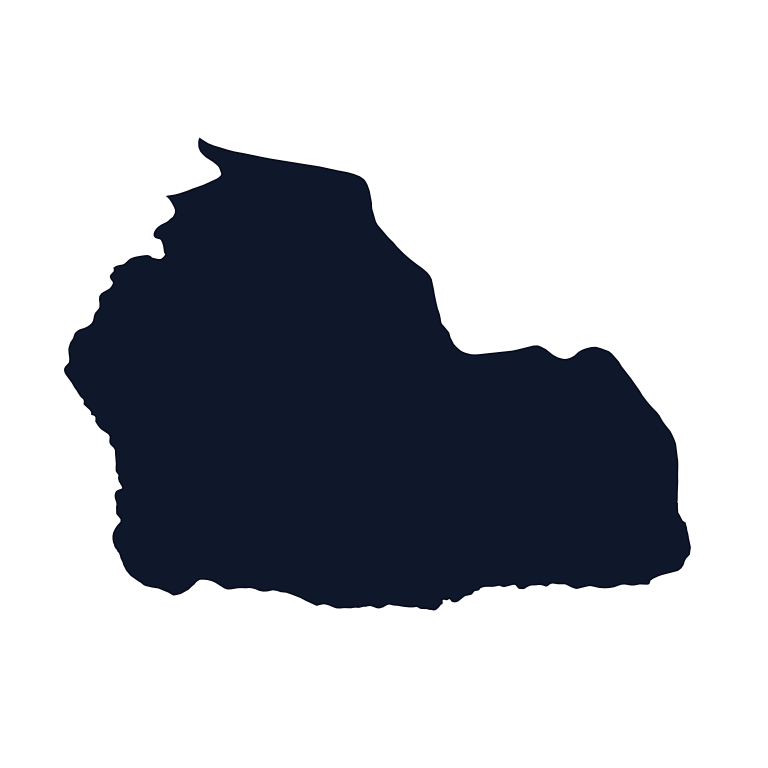 Buenavista, Quindío, Colombia, rotated 95°
{"feature_id": "7082276B42477107224042", "entity_name": "Buenavista", "entity_type": "district", "adm_level": 2, "iso_a3": "COL", "parent_name": "Colombia", "parent_adm1": "Quindío", "projection": "equal_earth", "projection_center": [-75.74, 4.37], "detail": "fine", "context": "isolated", "style": "filled", "palette": "ink", "viewbox_px": 768, "rotation_deg": 95, "n_neighbors": 0, "source": "geoboundaries", "source_scale": "gbopen_adm2", "svg_char_len": 6134}
<svg xmlns="http://www.w3.org/2000/svg" viewBox="0 0 768 768"><g transform="rotate(95 384 384)"><path d="M526.9,65.1L524.7,65.1L520.1,64.8L510.2,67.8L509.8,67.8L506.6,68.7L503.3,69.9L500.8,70.4L496.9,72.0L496.4,71.9L494.9,74.8L494.4,75.3L488.4,79.1L486.7,80.4L481.4,81.2L477.6,81.5L477.6,82.1L473.0,82.1L467.2,82.6L456.0,83.1L449.7,83.8L440.4,84.4L435.5,84.9L418.3,88.6L414.4,90.4L408.9,93.5L406.1,95.4L401.4,100.0L397.3,103.6L391.6,107.5L389.0,109.9L383.3,116.5L378.0,121.8L373.3,126.0L368.5,129.5L357.6,138.7L346.0,149.4L341.7,152.5L337.0,157.3L334.6,159.9L332.4,163.1L330.2,171.0L329.3,175.6L329.4,177.9L329.9,180.8L331.6,185.6L333.1,188.9L335.5,192.5L339.7,196.3L342.0,199.7L343.5,203.1L344.1,205.9L344.0,208.5L343.1,213.3L340.9,218.5L335.9,226.0L333.7,231.3L332.9,234.3L333.4,238.3L339.0,254.6L340.3,258.9L346.9,292.5L347.4,296.3L347.5,300.1L346.6,305.5L345.6,308.9L344.4,311.3L341.3,315.5L338.5,318.5L332.1,322.5L327.5,324.1L323.0,328.5L319.5,332.1L317.6,333.1L313.4,334.1L309.6,335.3L304.4,337.6L299.3,339.3L290.4,342.0L285.2,343.3L275.8,346.2L272.7,348.2L269.8,350.9L266.0,356.1L262.4,362.2L257.8,369.3L253.0,375.9L246.6,383.5L242.9,387.1L238.3,392.7L226.6,404.6L223.4,406.8L211.0,411.6L207.9,412.2L204.8,412.5L193.0,415.8L187.2,418.5L183.9,420.7L182.3,422.3L179.9,426.4L178.1,432.5L176.9,438.9L175.9,449.2L173.6,467.2L172.2,487.6L170.1,516.3L169.3,524.2L167.0,544.0L166.1,553.5L164.9,560.6L163.2,568.4L162.0,574.4L160.2,580.3L157.4,585.9L155.7,588.9L157.5,589.4L160.7,589.3L164.0,588.8L167.7,587.0L170.5,584.3L173.2,580.7L176.9,573.6L180.2,568.7L181.7,567.1L183.7,565.9L188.7,563.6L189.7,563.8L191.0,564.3L193.1,566.1L194.9,568.5L202.2,581.4L206.6,591.3L209.3,596.5L212.7,604.4L214.3,609.0L216.0,616.1L217.8,613.8L220.9,611.2L225.7,608.0L228.8,606.6L231.9,606.5L233.9,607.2L236.4,608.3L238.6,610.8L240.4,612.3L242.1,614.2L245.1,619.2L247.6,622.2L249.2,623.6L250.7,624.6L252.7,625.5L254.4,625.8L255.8,625.8L256.7,625.3L257.7,624.3L258.2,622.5L258.5,620.3L258.8,619.1L259.9,618.0L262.4,616.6L265.1,615.5L268.9,614.5L270.6,614.2L271.9,613.8L274.2,612.3L277.1,614.2L279.0,616.1L279.7,617.4L279.9,618.7L279.8,621.2L279.1,625.9L278.7,626.7L277.7,627.9L277.2,629.1L276.9,630.6L277.1,632.2L277.5,634.5L279.1,640.8L280.1,643.9L281.8,647.3L283.2,648.8L285.7,651.0L287.6,652.9L288.4,654.3L289.2,657.4L290.3,660.5L292.0,662.9L293.1,662.4L294.3,662.3L295.6,662.4L299.1,665.2L300.1,665.7L301.2,665.7L303.0,664.8L305.8,662.3L307.4,662.1L309.2,662.7L310.6,663.3L313.1,665.0L314.5,666.8L317.5,671.3L318.9,673.0L320.4,673.9L321.6,674.5L322.9,674.6L324.8,674.5L328.1,673.8L331.2,673.5L332.5,673.5L333.9,674.0L335.4,675.0L338.8,677.4L341.4,678.1L346.2,678.6L348.2,679.4L350.0,680.5L352.0,682.5L353.7,684.8L355.0,687.2L356.9,691.8L358.5,693.9L359.9,695.2L361.2,696.0L365.9,697.1L370.3,699.5L375.1,700.6L377.2,700.7L381.5,700.0L385.9,699.0L388.7,698.9L390.4,699.1L394.7,702.4L396.5,703.2L398.0,703.2L400.0,702.6L401.9,701.4L409.7,694.6L414.2,691.5L417.0,689.0L419.4,687.4L420.7,686.2L421.9,685.5L423.1,684.2L424.9,681.8L426.3,681.0L428.1,680.7L430.1,680.8L435.2,674.2L436.4,673.2L437.8,672.6L439.7,672.3L439.9,670.5L440.5,669.0L441.5,668.2L442.6,667.7L446.3,667.6L449.8,665.0L452.1,662.8L453.5,661.0L457.1,654.4L457.8,653.5L459.6,652.2L460.9,651.9L465.0,651.9L466.5,651.5L468.0,650.5L470.2,647.7L471.8,646.3L473.5,645.5L476.8,645.1L487.1,643.4L489.7,643.4L493.7,643.0L494.9,642.3L497.1,640.2L497.8,639.8L500.5,640.0L501.8,639.8L503.8,639.0L508.9,635.4L510.3,635.0L511.2,635.2L512.0,636.2L512.9,638.4L513.7,639.9L514.6,641.0L515.8,641.5L518.2,641.9L520.4,641.6L522.6,640.8L524.4,639.9L526.3,639.4L528.2,639.2L529.5,639.5L536.4,638.7L541.2,634.0L544.4,633.7L548.6,636.9L551.9,638.7L555.9,640.2L559.2,640.5L562.7,640.1L565.7,639.2L566.8,638.5L568.9,637.8L570.9,636.4L571.9,635.2L573.6,634.3L575.0,632.7L577.4,631.5L580.4,630.5L584.0,628.3L586.6,627.3L588.7,626.0L591.9,624.0L596.5,619.4L600.9,611.9L602.7,608.4L604.3,606.1L605.1,604.4L605.5,602.1L606.2,597.5L606.6,590.9L609.9,580.4L612.3,575.4L611.6,572.4L610.1,568.2L605.2,561.1L601.5,557.9L599.8,556.1L597.1,554.2L594.4,551.0L593.9,547.1L593.9,542.9L594.7,538.1L596.0,534.4L600.8,525.1L601.6,522.1L601.2,518.8L599.5,512.2L599.0,508.5L598.8,504.0L598.2,500.3L598.3,497.5L599.0,493.6L600.2,490.2L600.6,486.2L600.1,482.3L598.4,476.9L598.7,472.5L599.6,468.8L599.7,463.0L601.2,457.0L603.7,448.5L606.0,443.1L610.1,431.7L609.3,429.7L608.0,425.6L607.9,423.5L608.6,419.5L610.4,413.9L610.9,411.7L610.8,409.7L610.6,407.4L610.1,405.0L609.9,402.9L609.6,397.6L608.8,394.5L608.5,392.4L608.5,389.7L606.9,384.9L606.7,382.4L606.1,381.2L605.8,379.5L605.6,378.2L606.0,376.0L607.0,372.4L607.3,370.9L607.2,369.1L605.8,365.5L604.8,364.4L604.4,363.5L603.5,362.5L603.1,361.4L602.6,360.5L602.5,359.1L603.1,354.9L603.0,351.5L603.5,345.1L603.6,339.4L603.2,335.3L602.4,331.9L602.7,331.0L603.7,328.8L604.1,327.8L603.8,321.6L604.0,320.3L604.3,319.6L604.2,317.6L604.5,314.7L604.3,313.6L603.1,312.1L601.4,310.5L599.1,309.1L597.1,307.1L594.7,307.6L593.9,307.4L593.1,306.7L592.9,305.0L593.2,302.6L592.9,302.1L592.2,301.2L591.8,300.3L592.0,299.3L592.7,298.5L594.1,297.5L594.5,296.5L594.6,294.9L594.4,293.4L593.6,291.6L588.2,285.9L587.2,284.3L586.7,282.3L585.6,279.0L584.8,278.2L582.7,276.9L581.9,276.1L581.4,275.1L581.1,273.2L580.6,272.1L580.0,271.5L579.2,271.3L578.5,270.6L577.3,268.3L576.6,266.2L576.4,264.7L575.9,258.8L575.7,257.3L574.2,252.1L574.2,250.5L574.7,249.6L575.1,247.3L574.9,246.0L572.2,238.5L571.9,236.6L572.0,235.7L572.2,235.0L575.0,232.3L575.6,231.2L575.5,228.1L575.2,226.7L572.9,223.7L571.6,221.2L571.1,219.8L570.5,214.8L570.0,212.8L569.9,210.6L569.9,209.0L570.9,205.2L570.7,204.3L570.4,203.7L569.5,202.9L568.0,201.0L567.4,199.1L567.3,198.0L567.6,193.1L567.0,186.6L567.3,185.0L569.8,178.5L570.6,175.0L570.6,174.1L566.9,163.0L566.6,161.4L566.6,159.5L567.6,152.2L567.6,147.5L567.2,143.8L566.6,140.6L565.6,137.1L564.0,133.7L562.6,130.4L562.0,127.0L562.1,125.0L562.4,121.5L562.4,119.6L562.1,117.0L560.6,111.8L560.3,104.7L559.9,103.3L559.5,102.8L556.3,102.1L554.0,99.5L551.4,95.0L549.7,91.5L543.8,75.1L541.1,72.2L537.7,70.4L534.2,69.7L531.1,68.4L526.9,65.1Z" fill="#0f172a" stroke="#020617" stroke-width="1.5"/></g></svg>